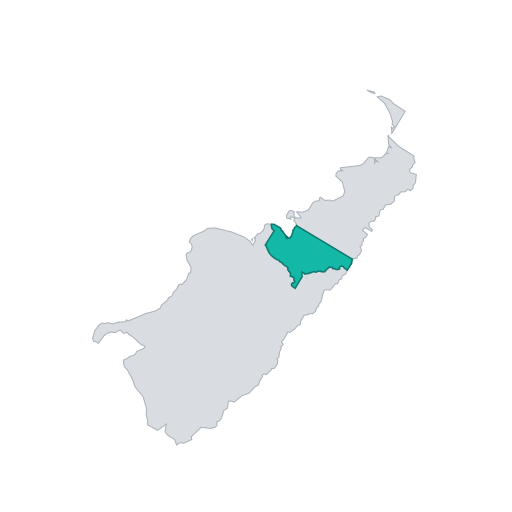 Río Negro highlighted on a map of Argentina, rotated 211°
{"feature_id": "ARG-1297", "entity_name": "Río Negro", "entity_type": "Province", "adm_level": 1, "iso_a3": "ARG", "parent_name": "Argentina", "parent_adm1": "", "projection": "natural_earth1", "projection_center": [-67.714, -39.784], "detail": "fine", "context": "in_parent", "style": "filled", "palette": "teal", "viewbox_px": 512, "rotation_deg": 211, "n_neighbors": 0, "source": "natural_earth", "source_scale": "10m", "svg_char_len": 8630}
<svg xmlns="http://www.w3.org/2000/svg" viewBox="0 0 512 512"><g transform="rotate(211 256 256)"><path d="M314.0,157.0L311.2,162.0L311.7,165.3L309.0,173.2L309.7,174.8L307.5,178.6L308.1,182.6L307.0,186.5L307.4,191.4L306.6,192.9L304.8,193.3L303.4,200.1L304.7,206.7L303.4,207.9L305.7,212.7L312.9,216.9L316.6,221.1L316.6,222.9L314.6,225.6L314.3,227.8L315.3,230.8L317.1,232.7L320.7,233.8L321.0,238.1L320.3,240.9L313.4,250.6L311.7,254.8L305.3,259.1L288.9,264.1L276.2,266.0L268.9,265.6L264.2,263.6L264.5,269.1L266.8,270.7L265.6,270.7L266.6,271.7L265.9,276.2L264.4,277.1L263.2,280.8L263.2,284.0L264.6,286.7L263.1,289.3L257.5,292.0L251.1,292.6L239.1,288.4L239.6,287.7L238.9,287.4L237.0,288.3L236.1,291.9L237.4,297.6L236.9,302.5L237.6,304.2L242.0,306.0L241.6,308.0L243.1,308.2L246.2,307.7L246.6,306.2L245.0,305.6L249.2,304.3L250.8,306.4L250.8,311.4L250.1,312.8L246.7,313.7L245.8,313.4L244.0,309.9L242.4,309.2L237.7,311.1L237.1,312.2L244.0,314.8L238.9,317.4L234.9,322.1L234.7,330.7L233.7,333.2L230.9,335.4L230.4,337.0L231.4,338.0L231.0,339.6L225.7,339.1L221.9,341.7L218.5,342.6L212.2,352.3L213.1,357.0L220.0,363.8L228.7,365.6L229.8,367.9L229.4,370.6L228.4,372.2L225.2,373.7L227.9,373.7L229.1,375.1L213.4,387.2L211.4,390.7L210.4,398.0L209.2,399.5L206.0,401.0L203.9,399.4L202.2,396.8L202.3,398.9L199.3,399.7L202.9,399.8L204.5,401.6L199.7,404.3L198.3,406.6L197.7,410.0L195.9,411.9L197.3,411.5L198.7,418.1L194.9,418.5L199.5,419.6L204.8,427.0L204.4,427.6L204.2,426.8L190.4,423.5L171.9,423.0L172.0,422.0L167.7,418.0L168.6,415.1L167.9,412.7L168.8,410.5L168.1,407.8L166.5,406.9L160.6,408.5L157.2,401.2L157.4,397.3L156.3,394.7L157.3,391.5L160.3,391.4L161.2,387.9L165.1,385.3L165.1,382.0L167.4,380.2L168.0,378.5L165.8,374.3L167.3,369.7L171.4,366.2L171.0,361.7L173.2,359.5L171.4,353.6L173.7,351.1L172.6,349.7L172.6,346.5L174.8,345.7L176.2,342.3L173.9,339.3L169.6,338.3L169.4,336.7L177.1,336.6L178.0,334.2L177.5,332.7L171.6,332.0L171.6,328.6L172.9,326.5L171.7,324.3L172.1,322.3L170.6,319.4L172.1,318.0L168.2,315.0L168.1,310.0L169.0,308.7L168.4,306.0L171.8,303.5L170.2,298.6L170.4,289.3L169.8,286.9L171.9,283.1L170.8,280.5L172.4,278.6L171.7,273.9L173.5,273.5L174.7,265.3L179.1,262.8L180.0,261.2L176.9,250.8L177.2,246.9L176.5,245.1L177.3,242.8L176.5,239.5L177.8,235.5L180.9,233.9L181.1,232.5L184.3,229.8L184.1,223.1L182.7,219.7L184.3,218.5L185.3,213.3L187.6,208.0L189.6,207.1L189.2,200.9L189.9,195.4L187.2,194.4L187.8,190.5L186.8,189.5L186.3,185.3L184.5,181.7L184.4,180.0L185.4,179.0L183.4,177.5L182.0,174.2L182.3,171.0L182.6,168.9L184.7,167.4L184.3,165.9L186.1,159.5L188.3,159.1L189.4,156.9L188.2,155.7L188.5,151.8L187.5,146.3L189.5,143.6L191.2,135.0L196.1,129.0L199.5,119.4L202.1,119.2L204.9,117.2L202.1,110.9L203.9,107.0L202.0,98.7L202.6,95.6L204.2,93.8L202.3,90.7L202.9,88.1L205.6,85.2L214.8,80.7L218.4,67.9L216.5,65.7L221.5,58.2L225.1,56.9L226.6,53.1L231.3,56.8L239.4,56.9L243.4,58.4L246.3,65.8L250.5,55.9L261.8,55.5L264.0,59.1L268.2,63.1L271.1,68.7L280.3,77.3L292.1,81.5L299.3,87.3L307.7,92.2L311.8,93.3L315.0,96.8L315.7,99.3L313.8,101.3L312.3,105.2L310.0,107.3L309.0,109.8L309.0,112.9L304.5,119.1L304.6,121.4L309.1,120.9L319.9,123.3L325.1,123.3L326.8,124.4L329.7,121.5L334.3,122.6L337.4,117.6L340.4,116.6L343.7,113.2L345.3,108.9L346.2,99.8L348.0,100.4L351.0,99.2L353.6,101.0L355.7,108.7L355.0,116.0L353.6,119.0L350.3,120.6L348.5,122.7L343.3,124.3L340.4,128.2L333.9,132.4L334.2,134.6L332.1,134.5L321.0,149.7L314.0,157.0ZM202.6,456.8L202.7,431.1L206.3,436.2L204.5,435.8L204.0,438.3L207.0,438.8L208.4,441.8L214.9,447.5L224.5,453.1L234.0,454.8L231.4,457.5L222.0,458.9L216.4,457.4L202.6,456.8ZM237.8,456.5L240.7,455.5L246.4,455.3L238.9,457.4L237.8,456.5ZM268.3,267.7L268.2,268.9L266.5,267.1L268.3,267.7Z" fill="#d9dde1" stroke="#a8b0b8" stroke-width="1"/><path d="M171.6,302.9L171.5,302.7L171.6,302.4L171.6,302.2L171.4,301.3L171.2,300.9L170.9,300.6L170.8,300.3L170.7,299.8L170.6,299.4L170.1,298.7L170.1,298.3L170.2,298.1L170.5,297.9L170.7,297.6L170.6,297.3L170.5,297.1L170.4,296.9L170.5,296.4L170.5,296.2L170.4,295.8L170.3,295.6L170.2,295.2L170.2,294.8L170.5,294.0L170.5,293.7L170.3,293.1L170.3,292.9L170.5,292.7L170.6,292.1L170.7,291.6L170.7,291.4L170.5,290.9L171.8,290.9L172.5,291.0L173.2,291.0L173.6,291.0L175.5,291.7L176.1,291.8L176.3,291.8L176.9,291.6L177.2,291.5L177.3,291.4L177.5,291.3L177.6,291.2L177.8,290.9L178.4,290.2L178.6,290.0L178.7,289.8L178.7,289.5L178.6,289.3L178.5,289.0L178.4,288.8L178.2,288.7L177.8,288.5L177.7,288.3L177.7,288.2L177.7,287.9L177.8,287.8L177.9,287.6L178.0,287.6L178.1,287.3L178.3,287.2L178.7,287.1L178.8,287.0L178.8,286.9L178.8,286.7L179.0,286.4L179.2,286.2L179.7,286.0L180.0,285.9L180.3,285.8L180.6,285.6L180.8,285.6L181.2,285.6L181.4,285.7L181.7,285.7L182.1,285.6L182.4,285.4L182.7,285.2L183.1,284.8L183.2,284.7L183.5,284.7L183.9,284.9L184.0,285.1L184.4,285.3L184.8,285.3L185.5,285.1L186.4,285.1L186.6,285.0L186.7,284.8L186.8,284.2L187.0,284.1L187.3,284.1L187.6,284.0L187.7,283.9L187.8,283.8L187.9,283.5L187.9,283.2L187.9,282.6L187.9,282.3L188.3,281.4L188.5,281.0L188.6,280.8L188.6,280.7L188.6,280.3L188.6,280.1L188.7,279.9L188.7,279.7L188.7,279.0L188.8,278.8L188.9,278.5L189.0,278.3L189.0,278.1L189.0,277.9L189.2,277.7L189.4,277.5L191.8,276.2L192.3,276.1L193.2,276.2L193.4,276.2L193.6,276.0L194.3,275.3L194.7,275.0L194.9,274.9L195.4,274.2L195.5,274.0L195.7,273.6L195.8,273.4L196.0,273.3L196.4,273.1L196.6,273.0L197.1,272.6L197.3,272.6L197.7,272.5L197.9,272.5L198.0,272.5L198.3,272.3L198.7,272.1L198.8,272.1L199.0,271.8L199.4,271.1L199.6,271.0L200.1,270.7L200.3,269.8L200.4,269.7L200.7,269.5L200.8,269.3L200.9,269.1L201.3,268.9L201.5,268.8L201.7,268.7L201.8,268.5L202.1,268.0L202.3,267.7L202.6,267.4L202.9,267.2L203.3,267.1L203.6,267.0L204.2,266.2L204.5,266.0L205.1,265.6L205.4,265.9L205.7,266.0L205.9,266.0L206.0,265.9L206.3,265.9L206.8,266.0L207.1,266.0L208.2,265.8L208.1,265.7L207.9,265.6L207.9,265.4L207.9,265.2L207.8,264.9L206.5,262.9L206.0,262.3L205.8,262.1L205.8,261.9L205.8,250.3L205.8,248.4L209.7,248.8L210.2,249.0L210.5,249.3L210.8,249.6L211.0,250.1L211.1,250.5L211.1,251.0L211.0,251.5L210.8,251.8L210.1,252.3L209.8,252.6L209.6,253.0L209.5,253.6L209.5,253.8L209.6,254.1L209.7,254.3L209.8,254.4L209.9,254.5L210.0,254.6L210.4,254.5L210.5,254.5L210.9,254.7L211.2,255.0L211.7,256.1L212.0,256.5L212.3,256.8L212.7,257.0L213.4,256.9L213.7,256.8L214.4,256.9L214.7,256.8L215.1,256.5L216.0,256.4L216.4,256.5L216.5,256.6L216.5,256.8L216.5,257.1L216.8,257.9L217.2,258.4L217.3,258.5L217.5,258.8L218.6,259.4L219.1,259.5L219.4,259.7L219.6,259.8L220.1,259.8L220.4,260.1L220.5,260.1L220.7,260.3L220.8,260.3L221.3,260.4L221.6,260.6L221.9,260.9L222.2,261.2L222.3,261.6L222.4,262.2L222.5,262.4L222.7,262.5L223.0,262.5L224.1,262.8L224.6,262.8L225.9,262.6L228.4,262.9L228.5,262.9L228.7,263.0L229.0,263.1L229.3,263.2L229.7,263.3L229.9,263.3L230.0,263.4L230.1,263.5L230.6,263.6L230.8,263.6L231.0,263.8L231.3,263.8L231.5,263.7L231.8,263.4L232.1,263.3L232.3,263.3L232.8,263.4L233.7,263.7L234.1,264.0L234.3,264.1L234.8,263.9L235.3,263.9L236.8,263.6L238.1,263.6L238.4,263.8L239.1,263.7L239.5,263.8L239.6,263.7L242.4,264.2L243.1,264.3L246.3,265.4L247.0,265.9L247.2,266.0L247.6,266.1L247.8,266.2L248.6,267.2L248.8,267.3L249.5,267.4L249.8,267.6L250.0,267.8L250.4,268.3L250.5,268.5L250.9,268.7L252.2,269.5L252.4,269.8L252.8,270.0L253.7,270.1L253.6,276.8L253.5,283.5L253.4,286.6L253.4,287.1L255.4,287.3L256.1,287.5L257.0,288.3L257.4,288.8L257.5,289.0L258.0,289.3L258.5,289.9L258.7,290.1L259.0,290.8L259.1,291.2L258.9,291.3L258.6,291.5L257.8,291.9L256.6,292.5L256.2,292.5L254.0,292.5L253.6,292.6L253.4,292.6L252.5,292.5L251.1,292.6L249.5,292.6L249.1,292.5L248.7,292.3L247.7,291.4L247.3,291.2L246.9,291.2L246.8,290.9L246.9,290.7L246.6,290.7L246.3,290.8L246.1,290.9L245.7,290.8L243.3,289.6L242.0,289.2L241.1,288.8L240.2,288.6L239.8,288.5L239.1,288.6L238.8,288.6L238.5,288.5L238.5,288.3L238.7,288.2L238.9,288.1L239.1,288.1L239.1,288.3L239.3,288.3L239.9,288.3L240.0,288.2L240.1,287.9L239.8,287.8L239.6,287.7L239.9,287.4L239.7,287.3L238.7,287.0L238.2,287.1L237.8,287.3L237.7,287.3L237.9,287.4L238.2,287.3L238.4,287.3L238.3,287.5L238.5,287.8L237.5,287.8L237.4,287.9L237.2,288.0L236.5,288.6L236.4,288.7L236.3,288.8L236.3,289.1L236.1,289.4L236.0,289.7L236.0,290.0L235.9,290.3L235.9,290.8L236.2,292.9L236.5,294.3L236.6,294.7L236.8,295.4L236.9,295.8L237.0,296.2L237.5,296.7L237.6,297.1L237.6,297.4L237.5,297.8L237.4,298.2L237.3,298.5L237.2,298.8L237.3,299.2L237.5,299.9L237.5,300.4L237.4,300.9L236.9,301.8L236.8,302.3L236.8,302.7L237.0,303.0L236.9,303.0L236.3,302.9L230.4,302.9L227.5,302.9L219.2,302.9L207.5,302.9L204.1,302.9L195.8,302.9L194.7,302.9L176.9,302.9L171.7,302.9L171.6,302.9Z" fill="#14b8a6" stroke="#0f766e" stroke-width="1.5"/></g></svg>